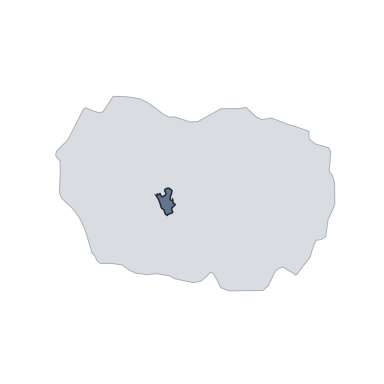 North Macedonia, with Lozovo highlighted, rotated 203°
{"feature_id": "MKD-2931", "entity_name": "Lozovo", "entity_type": "Statistical Region", "adm_level": 1, "iso_a3": "MKD", "parent_name": "North Macedonia", "parent_adm1": "", "projection": "robinson", "projection_center": [21.908, 41.74], "detail": "fine", "context": "in_parent", "style": "filled", "palette": "slate", "viewbox_px": 384, "rotation_deg": 203, "n_neighbors": 0, "source": "natural_earth", "source_scale": "10m", "svg_char_len": 2241}
<svg xmlns="http://www.w3.org/2000/svg" viewBox="0 0 384 384"><g transform="rotate(203 192 192)"><path d="M174.1,105.4L180.2,106.1L193.5,102.7L201.7,97.9L205.9,97.2L211.5,95.3L219.6,95.6L227.7,97.7L238.1,94.9L248.2,90.5L252.3,91.6L256.7,95.4L259.7,96.4L276.6,116.5L285.9,124.6L296.8,130.7L309.3,135.2L313.8,139.6L321.8,160.9L325.6,169.0L330.9,171.4L332.2,173.7L332.5,176.8L326.6,191.8L324.3,225.4L322.9,228.0L316.6,227.9L308.3,228.6L305.2,231.2L301.9,249.3L288.6,254.4L276.4,257.4L266.2,256.7L248.3,252.4L242.4,252.0L237.4,254.4L221.3,255.7L214.3,258.9L197.8,280.0L181.0,287.3L175.3,291.0L162.5,286.3L156.4,285.8L147.5,291.2L128.1,291.7L122.8,292.7L107.8,293.5L107.2,290.6L104.5,286.4L97.5,284.4L83.2,286.1L79.8,283.0L74.0,265.0L69.4,262.1L64.3,256.1L55.8,236.6L55.6,228.1L56.2,220.6L51.5,203.1L54.5,198.7L59.0,195.9L59.1,188.9L57.9,178.2L63.3,157.2L64.8,155.7L66.1,156.7L78.9,158.4L82.2,155.7L84.3,151.6L85.1,136.2L88.1,129.1L119.0,115.6L128.1,115.1L135.1,121.3L140.5,125.3L143.9,125.2L145.1,121.2L148.8,113.5L155.2,109.1L173.9,105.4L174.1,105.4Z" fill="#d9dde1" stroke="#a8b0b8" stroke-width="1"/><path d="M205.5,160.9L207.0,161.0L208.1,161.4L209.6,163.2L210.6,164.4L212.2,165.0L213.4,165.2L214.4,165.9L216.1,168.0L217.9,170.1L220.1,172.2L222.0,173.7L223.6,174.7L223.3,174.7L222.9,174.9L222.9,175.3L223.3,175.7L223.3,176.2L223.1,176.6L222.3,176.6L221.9,176.6L221.5,176.7L221.3,177.4L221.1,177.9L220.7,178.0L220.1,177.6L219.7,177.0L218.9,176.3L218.3,176.0L217.7,176.0L217.0,176.3L216.6,177.2L216.0,177.8L215.5,178.4L215.3,179.2L215.1,180.1L215.4,180.6L216.3,181.4L217.1,182.0L217.6,182.4L217.6,183.1L217.7,183.9L217.8,183.9L217.4,184.7L216.3,185.7L215.1,186.4L214.2,186.4L213.1,186.2L211.7,185.9L211.1,185.5L210.7,184.7L210.4,183.4L210.2,182.3L210.2,180.9L210.2,179.7L209.6,178.2L209.5,177.0L209.2,176.5L208.5,176.3L207.7,176.3L207.3,176.3L206.9,176.6L206.8,177.2L206.8,177.5L206.3,176.8L205.5,175.2L205.0,174.5L204.1,174.2L203.5,174.2L202.9,174.2L202.6,173.7L202.7,172.9L202.8,172.6L203.3,171.6L204.0,170.3L204.2,169.6L204.2,168.7L203.7,167.9L203.1,167.4L202.4,166.5L202.0,166.0L201.8,165.5L202.2,165.0L202.9,164.3L203.5,163.8L204.5,162.7L205.1,162.2L205.5,161.6L205.5,160.9Z" fill="#64748b" stroke="#1e293b" stroke-width="1.5"/></g></svg>